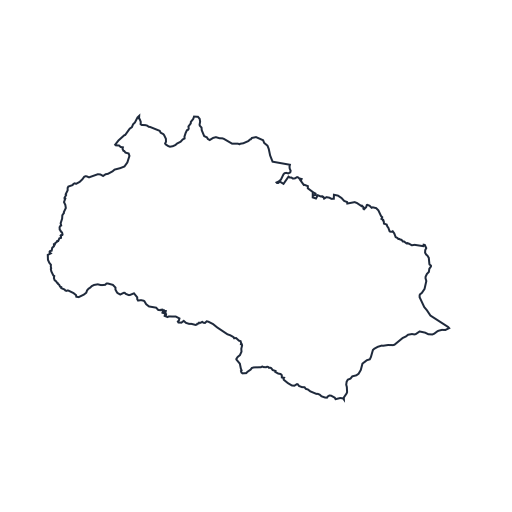 Juchipila, Zacatecas, Mexico (orthographic projection), rotated 12°
{"feature_id": "50627088B56819749517987", "entity_name": "Juchipila", "entity_type": "district", "adm_level": 2, "iso_a3": "MEX", "parent_name": "Mexico", "parent_adm1": "Zacatecas", "projection": "orthographic", "projection_center": [-103.133, 21.378], "detail": "fine", "context": "isolated", "style": "outline", "palette": "slate", "viewbox_px": 512, "rotation_deg": 12, "n_neighbors": 0, "source": "geoboundaries", "source_scale": "gbopen_adm2", "svg_char_len": 6067}
<svg xmlns="http://www.w3.org/2000/svg" viewBox="0 0 512 512"><g transform="rotate(12 256 256)"><path d="M95.1,176.4L95.9,176.9L99.1,176.4L100.9,177.5L103.2,177.4L103.2,179.0L104.5,180.7L105.3,180.7L106.8,182.0L110.1,182.2L111.4,184.4L110.7,191.3L108.7,195.8L104.9,198.3L99.7,200.9L98.1,203.0L94.1,206.4L91.9,207.3L89.8,209.5L86.8,208.6L84.3,208.9L76.3,213.8L73.9,213.3L72.7,213.4L71.5,214.2L70.2,217.1L68.1,220.2L65.0,222.8L63.6,222.6L62.5,223.4L61.8,224.8L58.0,227.1L57.6,228.6L58.1,230.9L57.0,235.2L57.6,235.8L56.6,238.9L56.8,239.6L57.5,239.6L57.0,243.2L58.9,245.7L60.0,248.6L58.9,253.1L59.2,253.8L58.1,256.4L58.6,259.8L58.1,264.6L59.1,266.7L58.2,267.5L57.9,268.7L58.5,271.0L59.7,271.9L59.9,272.6L61.4,273.3L62.3,275.2L62.2,275.7L60.9,276.1L60.6,276.7L61.3,277.6L61.5,278.8L60.0,279.6L59.4,282.5L58.4,282.7L58.2,283.8L57.0,285.0L56.8,286.6L55.9,286.6L56.3,288.6L55.0,290.2L55.0,293.3L53.5,294.0L53.2,294.7L53.4,295.4L54.7,296.1L52.1,298.2L53.3,303.0L55.2,305.6L57.2,307.2L57.5,309.1L58.2,310.6L58.0,311.4L59.0,313.6L61.8,317.2L62.8,317.5L62.9,319.6L64.1,321.6L65.9,322.4L66.8,323.5L67.8,323.8L68.3,324.6L69.4,325.0L70.7,326.7L72.0,326.9L72.2,327.9L75.7,328.6L76.7,329.4L77.9,329.5L79.1,328.8L80.0,328.9L85.2,330.2L88.1,331.7L88.7,333.2L91.1,333.1L95.6,329.6L97.6,327.2L97.9,324.8L99.0,322.8L100.4,321.4L101.6,319.6L103.6,318.0L107.1,316.6L110.3,316.7L112.1,316.3L114.5,315.5L115.5,314.0L116.8,313.7L122.0,314.0L125.1,316.1L125.5,318.1L127.4,320.3L128.2,321.0L131.2,321.9L134.3,319.5L135.2,319.3L136.4,320.1L139.6,320.7L140.7,320.4L144.4,317.9L148.4,321.1L148.8,322.9L149.9,324.1L152.7,323.1L155.3,323.1L156.2,323.4L158.6,326.0L161.8,327.6L169.1,327.3L171.6,329.1L173.8,328.9L174.4,328.2L175.8,328.7L176.0,328.2L176.5,328.7L177.2,328.2L177.8,328.8L179.2,328.6L179.2,329.3L178.1,329.1L177.8,330.0L176.5,329.9L176.2,330.6L176.3,331.0L179.4,331.0L180.2,331.6L180.2,332.2L179.1,332.8L179.1,333.6L182.2,334.1L183.2,333.3L190.1,331.9L194.1,333.0L194.0,335.0L193.2,336.4L194.0,337.2L196.9,336.7L198.8,334.5L201.5,336.0L202.8,336.1L204.6,336.3L206.9,335.8L211.2,336.0L212.3,335.4L212.7,334.4L213.9,334.0L214.1,333.1L215.6,332.9L217.1,331.6L218.4,332.2L220.0,332.1L221.4,330.1L223.2,330.2L228.1,331.5L232.8,333.9L244.3,338.5L247.3,338.9L250.2,339.8L251.3,340.3L251.7,341.0L253.6,340.4L257.0,342.4L258.6,342.5L259.6,344.3L259.6,345.4L260.5,345.3L261.0,346.4L260.9,349.8L261.7,352.6L260.9,356.3L259.1,358.5L258.2,360.6L258.3,361.3L262.6,364.7L264.6,369.3L265.7,370.9L265.2,371.6L266.0,373.0L267.2,373.6L270.8,372.6L271.7,371.1L274.4,368.2L275.2,366.4L277.1,365.4L283.9,363.8L285.1,362.8L286.4,363.1L289.0,362.7L289.9,362.0L290.9,362.0L292.0,362.7L292.9,362.3L294.2,362.5L296.0,364.1L299.0,364.4L299.0,365.4L302.2,366.4L304.6,366.3L306.0,367.2L306.5,369.4L308.7,369.3L308.4,370.3L308.9,371.3L313.6,373.7L318.0,375.2L320.5,374.9L322.7,372.8L323.5,372.8L325.1,374.2L328.2,374.7L330.8,374.3L332.3,375.6L334.6,375.8L337.2,377.1L343.6,378.3L345.1,378.0L347.2,378.4L349.2,379.6L353.0,380.1L354.9,379.8L355.4,378.5L356.8,377.2L358.5,377.0L362.5,378.2L363.6,379.5L367.9,377.4L370.8,377.2L371.8,378.1L371.3,376.2L373.2,371.6L373.4,370.2L372.1,365.3L371.0,363.1L370.8,360.1L371.5,357.9L373.9,356.3L375.2,353.7L378.9,351.9L380.8,349.9L382.2,345.7L382.5,339.1L386.1,334.9L388.8,333.4L389.4,330.9L389.9,323.6L391.0,322.1L394.0,319.5L397.6,317.5L398.9,317.4L403.7,315.6L408.5,314.7L409.9,314.0L416.5,305.7L419.4,303.5L421.1,301.4L424.8,299.9L427.2,299.8L428.5,299.2L431.7,295.8L437.3,295.8L440.8,296.7L444.8,296.1L446.5,294.9L449.2,291.8L450.4,291.0L453.2,289.6L456.6,289.0L459.9,286.4L458.7,285.5L439.0,278.0L434.4,273.5L431.2,271.0L424.6,262.3L424.2,260.3L424.4,259.4L425.9,257.6L427.7,253.2L427.8,245.1L426.4,242.4L426.2,241.0L426.9,238.0L428.4,235.6L428.2,232.4L429.3,229.9L429.1,229.0L427.5,228.2L427.2,227.6L425.4,221.9L423.6,220.0L422.1,219.2L420.7,217.6L420.3,215.0L420.9,212.9L418.8,210.1L417.6,210.1L417.6,211.6L408.8,212.1L406.2,213.1L402.6,212.0L402.1,212.3L401.4,211.9L400.7,212.4L397.7,211.0L396.7,211.3L394.9,209.9L393.7,210.0L392.8,209.5L391.7,209.8L390.7,209.0L388.7,208.5L386.5,205.1L384.6,203.4L384.1,204.0L382.2,204.3L381.5,204.0L379.6,200.9L378.3,199.8L377.3,198.1L374.4,197.7L373.8,195.6L373.4,195.0L372.8,194.9L372.8,194.1L371.0,193.6L371.4,191.8L370.0,190.9L366.2,185.9L363.6,184.2L360.1,184.1L359.1,184.8L356.6,183.2L354.2,182.8L353.8,183.1L353.6,185.3L352.0,187.8L351.2,187.4L351.1,186.0L349.2,184.8L348.9,185.3L343.8,183.2L341.3,182.8L334.4,185.7L333.9,184.3L330.8,183.8L327.6,181.5L323.6,179.9L319.5,179.9L320.2,183.8L317.9,184.4L315.6,183.7L312.7,183.8L310.7,185.7L309.6,184.1L308.7,184.4L308.2,183.8L306.9,184.3L303.8,183.7L302.7,187.3L299.3,186.9L298.7,184.0L299.8,184.7L301.8,183.8L301.3,182.6L298.9,181.9L292.6,179.0L292.2,176.9L288.6,176.3L288.0,176.6L283.7,172.7L284.4,172.4L284.6,171.2L282.1,171.1L280.6,170.3L279.8,170.3L277.9,172.0L276.0,172.6L274.3,171.9L272.7,172.2L271.3,171.6L267.9,179.7L263.9,178.3L262.5,180.0L261.3,180.2L260.8,179.8L262.7,178.4L264.5,176.1L265.9,170.4L266.7,169.1L268.3,168.4L270.4,168.5L272.1,167.1L272.2,165.5L270.8,163.5L270.2,161.7L270.2,159.7L252.6,160.3L248.9,154.7L246.2,148.6L244.3,145.7L240.5,143.7L238.9,141.3L231.3,139.7L227.4,141.4L226.7,142.9L225.7,143.5L224.7,145.1L220.1,148.4L217.2,149.5L216.7,150.1L214.9,149.9L209.3,151.1L200.2,148.1L198.6,147.9L195.9,148.4L192.1,148.1L189.5,149.4L186.6,152.2L184.5,151.5L183.4,150.2L180.4,149.5L176.8,144.3L176.0,141.7L173.9,140.2L173.5,139.3L173.4,136.2L172.4,133.6L170.3,131.9L166.4,132.5L166.1,135.0L164.4,138.3L164.6,139.9L163.0,143.3L163.7,145.5L163.3,146.7L162.3,147.3L161.6,150.2L161.2,154.1L161.7,155.9L160.1,157.2L158.5,159.9L155.4,162.4L154.1,164.2L151.8,165.9L149.1,167.0L147.2,166.7L144.4,165.6L143.7,164.8L144.2,163.0L143.5,160.1L141.0,156.9L140.1,156.1L137.1,155.2L135.8,153.6L125.6,151.8L124.2,151.9L122.4,151.1L120.6,151.0L116.8,151.6L115.7,151.0L115.4,148.8L113.8,146.3L113.0,145.9L112.6,143.2L111.3,145.1L109.8,150.6L108.4,152.7L107.8,155.8L106.0,157.7L102.9,164.8L102.1,165.2L97.5,171.5L95.1,176.4Z" fill="none" stroke="#1e293b" stroke-width="2"/></g></svg>